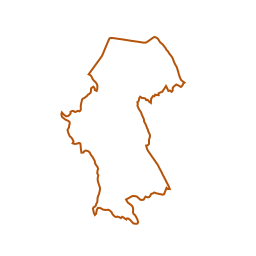 Tabocão, Tocantins, Brazil, rotated 326°
{"feature_id": "56859067B31909496494613", "entity_name": "Tabocão", "entity_type": "district", "adm_level": 2, "iso_a3": "BRA", "parent_name": "Brazil", "parent_adm1": "Tocantins", "projection": "equal_earth", "projection_center": [-48.562, -9.085], "detail": "fine", "context": "isolated", "style": "outline", "palette": "amber", "viewbox_px": 256, "rotation_deg": 326, "n_neighbors": 0, "source": "geoboundaries", "source_scale": "gbopen_adm2", "svg_char_len": 3635}
<svg xmlns="http://www.w3.org/2000/svg" viewBox="0 0 256 256"><g transform="rotate(326 128 128)"><path d="M190.5,67.2L188.5,65.8L187.4,64.8L185.6,63.1L184.3,61.9L179.1,57.2L172.8,51.3L170.2,49.0L166.4,45.5L163.8,43.5L162.4,43.5L157.9,46.4L155.0,48.3L148.2,52.8L146.3,53.9L125.4,61.5L126.2,62.8L126.6,64.3L126.3,66.1L126.1,67.8L126.2,69.6L126.7,71.5L126.8,73.7L126.2,76.0L124.4,78.4L122.7,79.7L121.7,77.9L122.5,76.7L122.4,74.4L121.1,74.4L119.6,74.5L118.3,76.2L116.8,77.8L114.7,78.1L113.2,78.0L111.6,78.6L109.9,78.6L108.5,78.7L107.3,78.5L106.0,78.6L101.8,82.5L100.6,84.1L99.9,85.3L98.5,86.9L97.0,87.0L96.0,85.7L94.5,85.5L93.1,85.2L92.1,83.1L90.6,82.5L89.4,82.5L88.4,83.9L86.4,84.5L84.7,84.5L83.3,83.7L82.5,81.8L82.1,80.1L81.9,78.1L80.8,78.9L80.0,80.3L79.5,81.9L80.1,83.8L80.7,85.8L81.6,87.3L82.4,88.6L82.9,90.2L82.1,91.9L80.8,92.8L79.6,94.3L78.2,95.1L77.0,95.6L76.1,97.4L75.5,100.0L75.1,102.2L75.7,104.3L75.7,106.5L75.3,108.7L73.5,109.7L74.8,111.3L76.5,112.3L77.7,112.7L78.9,112.9L79.8,114.2L78.8,116.3L77.8,118.0L76.8,119.9L75.6,122.4L77.3,123.4L78.8,122.8L80.6,123.1L82.2,125.3L82.6,127.3L82.2,128.9L82.3,130.5L82.4,132.3L82.2,134.3L82.0,136.7L81.1,138.5L80.8,140.6L80.9,143.4L80.3,145.2L78.8,146.4L77.2,148.3L76.9,150.7L75.4,152.0L74.1,153.6L73.1,155.7L72.5,157.9L72.0,159.5L71.6,161.1L71.0,162.5L70.1,163.6L69.1,164.6L68.0,165.6L66.7,166.8L65.2,167.7L63.5,169.1L62.3,170.8L61.1,172.2L59.2,173.2L57.3,174.7L55.2,174.5L53.8,175.3L53.0,177.4L52.2,179.4L51.9,181.6L53.5,181.3L54.9,179.9L56.4,178.4L58.2,177.5L59.9,178.4L60.8,179.8L61.6,181.6L63.0,182.9L64.6,184.1L65.9,184.7L66.8,186.2L67.3,188.5L67.0,190.5L67.1,192.2L67.5,193.9L68.3,195.1L69.8,195.6L70.9,197.1L71.7,198.7L73.5,198.3L74.2,199.6L74.7,201.2L75.4,202.9L76.5,202.4L77.7,203.3L78.3,205.1L78.7,207.6L79.1,210.1L80.8,211.7L82.2,212.5L83.7,211.9L84.6,209.1L85.0,206.5L85.1,204.2L84.6,202.5L84.9,200.7L85.8,199.7L86.7,198.4L87.5,196.9L87.9,194.9L87.3,193.0L86.8,191.5L86.2,190.0L86.2,188.3L86.4,186.2L93.7,186.9L95.6,188.3L97.0,189.7L97.5,191.7L98.1,194.3L99.6,195.7L101.1,196.1L102.8,195.2L104.2,194.7L105.5,196.5L106.8,197.1L108.6,196.6L110.5,195.6L111.8,196.1L113.6,196.1L114.9,197.9L119.4,202.6L120.8,203.1L126.5,199.2L126.9,200.9L128.5,201.9L129.1,199.7L129.5,196.3L129.8,193.9L130.1,191.4L130.4,188.9L130.7,185.9L131.2,182.9L131.4,180.6L131.6,178.8L132.0,175.8L132.1,174.2L132.0,172.2L132.0,170.6L132.0,168.8L131.9,166.4L131.9,164.6L131.9,161.9L131.8,158.5L132.1,155.9L133.2,152.7L134.8,153.4L136.5,152.9L137.6,151.4L138.8,149.5L140.2,148.4L141.4,147.4L142.2,146.2L142.6,144.5L142.8,142.6L143.5,140.6L143.8,138.4L144.4,136.2L144.8,133.9L145.0,131.6L146.0,129.8L146.5,127.2L146.9,124.7L147.5,122.8L147.6,120.9L147.6,118.9L147.9,116.7L148.3,114.7L149.6,113.6L150.1,111.9L151.4,111.8L152.7,110.9L154.1,109.5L155.6,108.9L156.5,111.1L157.9,112.1L158.9,113.4L158.7,115.1L160.0,115.6L160.4,118.4L161.0,120.0L162.4,118.2L163.5,116.7L165.3,116.0L166.6,115.5L167.6,116.5L169.1,115.5L170.5,117.0L171.8,117.9L172.6,116.4L173.7,116.5L175.0,116.7L176.7,117.2L178.5,116.3L180.0,115.8L181.6,115.0L183.0,114.4L182.8,116.3L182.5,117.9L182.2,119.8L183.7,120.4L184.4,122.4L185.9,122.0L187.4,119.9L188.8,119.3L190.5,119.1L192.4,119.0L193.7,121.2L194.8,123.6L196.2,123.3L197.4,122.9L198.6,122.1L200.2,122.0L199.5,120.1L198.9,118.0L199.1,116.1L199.5,114.3L200.2,111.9L201.1,109.2L202.0,106.5L202.5,104.5L202.6,102.3L203.0,99.4L203.6,96.9L204.1,94.7L204.1,92.7L204.0,90.9L203.8,88.9L204.0,87.0L203.6,84.6L203.8,82.3L203.6,80.7L203.6,78.6L203.1,76.8L202.5,74.4L202.7,72.2L202.6,70.3L201.8,68.5L200.7,67.2L198.0,67.2L193.0,67.3L190.5,67.2Z" fill="none" stroke="#b45309" stroke-width="2"/></g></svg>